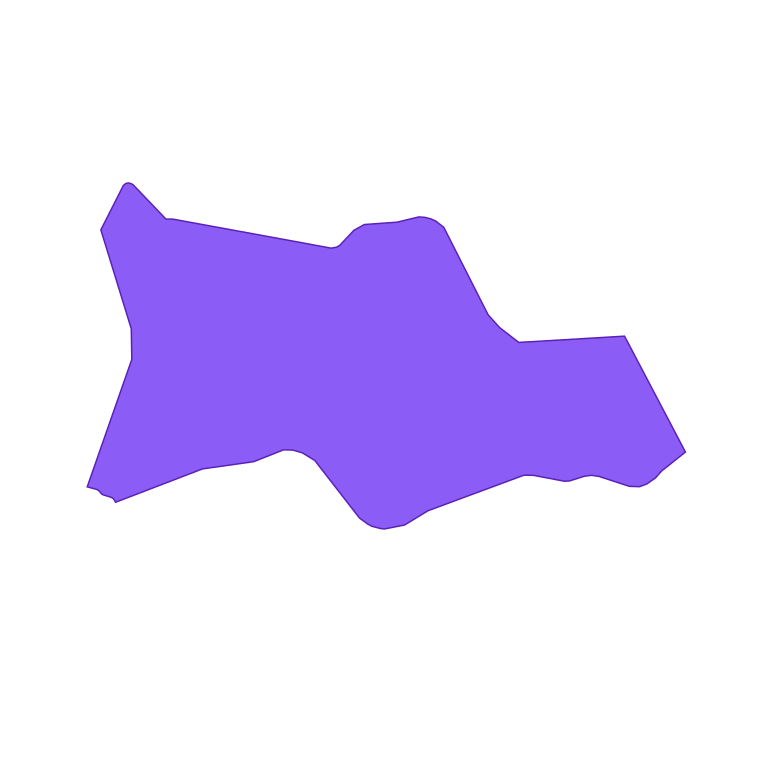 Lambeth, Equal Earth projection, rotated 102°
{"feature_id": "GBR-2768", "entity_name": "Lambeth", "entity_type": "London Borough", "adm_level": 1, "iso_a3": "GBR", "parent_name": "United Kingdom", "parent_adm1": "", "projection": "equal_earth", "projection_center": [-0.106, 51.457], "detail": "fine", "context": "isolated", "style": "filled", "palette": "violet", "viewbox_px": 768, "rotation_deg": 102, "n_neighbors": 0, "source": "natural_earth", "source_scale": "10m", "svg_char_len": 971}
<svg xmlns="http://www.w3.org/2000/svg" viewBox="0 0 768 768"><g transform="rotate(102 384 384)"><path d="M292.1,693.0L243.9,680.2L241.5,678.2L240.5,675.9L240.5,673.3L241.3,670.8L268.0,631.6L266.6,624.7L262.1,463.9L260.0,458.8L257.4,456.0L239.8,445.3L232.1,436.4L223.0,404.9L213.3,384.6L212.5,378.6L212.7,372.7L213.9,367.2L218.3,358.1L294.6,296.6L304.7,282.8L315.3,260.8L287.2,158.7L288.1,157.9L366.2,93.0L387.9,75.0L411.3,94.3L419.4,98.9L427.2,106.2L431.3,112.7L433.1,122.6L429.7,154.7L430.2,162.1L432.6,168.9L440.2,182.3L441.6,187.2L442.3,219.1L444.2,228.3L498.8,314.6L517.7,334.6L525.7,353.4L526.1,357.6L525.7,366.3L524.4,370.8L520.3,380.0L473.2,435.8L468.3,449.7L467.6,459.4L469.3,468.6L487.0,495.2L504.8,543.9L555.5,622.0L553.2,624.0L552.4,625.0L551.9,626.0L551.4,628.8L551.0,633.9L550.7,636.2L550.3,637.3L547.6,640.8L547.2,642.1L546.8,643.2L546.7,645.7L546.3,652.9L412.3,635.8L382.5,642.7L292.1,693.0Z" fill="#8b5cf6" stroke="#5b21b6" stroke-width="1.5"/></g></svg>